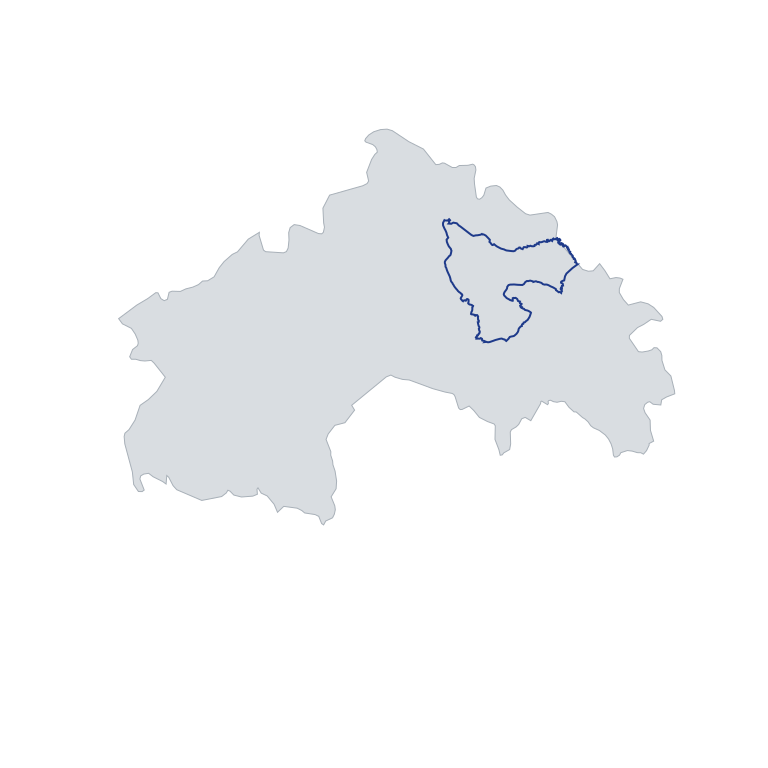 Kankan, Kankan, Guinea shown in context, rotated 321°
{"feature_id": "49546643B29721322070698", "entity_name": "Kankan", "entity_type": "district", "adm_level": 2, "iso_a3": "GIN", "parent_name": "Guinea", "parent_adm1": "Kankan", "projection": "robinson", "projection_center": [-9.056, 10.226], "detail": "fine", "context": "in_parent", "style": "outline", "palette": "blue", "viewbox_px": 768, "rotation_deg": 321, "n_neighbors": 0, "source": "geoboundaries", "source_scale": "gbopen_adm2", "svg_char_len": 9732}
<svg xmlns="http://www.w3.org/2000/svg" viewBox="0 0 768 768"><g transform="rotate(321 384 384)"><path d="M459.7,500.5L454.3,499.7L451.9,500.8L444.7,510.3L440.4,514.0L433.7,512.9L431.3,513.5L429.5,512.5L432.0,507.3L435.4,496.9L444.2,486.5L444.4,484.3L440.8,478.3L437.1,470.0L437.1,461.1L436.3,454.7L428.6,452.9L427.1,451.8L426.9,449.6L431.3,438.6L431.7,436.3L431.1,434.3L426.4,428.7L418.9,418.2L406.1,396.7L401.3,392.1L396.8,385.6L395.0,381.4L390.3,379.9L345.5,380.2L344.7,385.8L329.3,389.5L319.8,385.2L309.2,387.7L304.1,390.6L300.1,403.1L297.8,405.8L295.6,411.5L293.5,414.6L291.2,420.8L286.1,429.6L280.8,435.3L271.9,438.4L269.1,447.7L267.0,451.1L263.5,453.9L259.8,455.6L252.5,453.8L248.4,455.5L247.7,453.2L250.0,445.8L248.2,442.0L241.2,434.3L240.5,430.6L238.4,425.9L229.1,416.0L220.5,416.7L222.9,408.4L222.8,397.5L219.9,391.5L220.7,385.4L219.1,385.8L216.2,390.0L211.5,388.6L202.1,382.1L197.4,375.8L196.9,370.4L195.8,368.3L192.9,369.4L187.0,369.3L169.1,359.8L156.4,335.7L156.1,330.3L158.0,321.0L157.6,318.4L151.7,324.6L150.6,320.5L146.2,310.8L144.9,305.3L140.6,302.8L137.1,302.3L134.5,304.2L130.9,315.5L128.3,315.4L125.5,313.0L126.2,304.6L133.1,294.0L144.9,267.4L149.0,261.3L151.7,259.2L157.1,259.0L167.8,255.4L181.0,247.1L191.0,247.8L202.8,246.8L218.3,241.1L218.5,223.2L218.0,219.2L212.6,215.6L209.4,212.5L206.7,208.6L203.3,205.8L203.5,202.8L210.3,199.0L216.6,199.1L218.7,197.6L220.3,195.0L222.1,188.6L222.7,181.8L218.6,172.7L218.9,166.2L241.5,167.1L253.9,168.9L264.1,169.4L265.7,170.9L264.3,177.2L265.6,180.9L269.0,181.9L274.7,177.5L277.7,178.5L284.0,183.9L289.9,185.4L296.4,188.4L302.4,190.0L307.8,189.8L311.9,192.8L319.4,193.8L329.2,189.9L336.9,188.2L347.6,187.8L353.3,189.1L369.7,186.0L382.6,187.7L380.5,189.8L374.6,204.1L375.3,206.7L388.4,218.8L391.5,219.7L395.1,218.0L400.7,212.4L405.2,206.4L409.5,203.4L414.5,203.6L418.4,207.9L427.7,225.8L430.1,228.1L432.3,228.0L436.4,224.7L438.5,220.8L447.2,208.9L460.6,203.0L492.3,216.6L497.0,217.6L499.8,216.6L503.7,208.6L515.7,201.7L521.4,199.8L524.7,199.6L526.0,197.4L526.6,194.2L525.9,190.8L522.2,184.7L522.1,182.9L524.2,181.7L528.8,180.9L534.7,181.5L541.4,184.1L546.8,187.9L549.9,192.4L555.8,211.3L562.5,226.2L562.3,246.1L565.2,248.1L568.5,248.9L570.0,250.5L573.3,258.7L576.3,261.1L580.0,261.6L586.9,266.9L591.3,269.0L591.9,270.5L591.8,272.7L590.1,275.5L583.4,281.0L580.1,285.7L573.4,296.9L573.2,299.0L574.6,300.6L577.4,300.8L580.4,300.1L586.6,295.9L591.5,297.4L596.3,300.5L598.0,303.8L598.4,308.1L597.4,313.6L597.2,319.8L598.8,330.3L601.2,340.8L603.7,344.6L619.4,353.9L621.0,357.4L621.8,361.3L620.6,366.6L619.0,369.6L610.4,377.8L609.1,381.7L609.8,389.0L610.4,419.9L613.8,425.0L617.8,427.7L627.3,426.2L627.0,434.8L625.8,444.4L631.3,447.3L634.1,450.2L635.6,453.0L626.9,458.0L624.4,461.0L623.2,469.0L623.5,476.4L635.2,481.7L639.7,487.9L641.8,494.3L642.5,506.5L641.4,509.2L638.4,509.3L632.4,501.9L623.3,501.1L616.6,499.7L605.3,500.7L603.4,502.9L602.1,519.0L604.8,521.7L610.2,524.7L613.7,526.0L616.7,525.7L618.9,527.7L619.4,533.0L617.8,536.8L614.9,540.5L611.2,549.8L612.0,558.3L605.6,571.9L603.8,574.6L595.4,571.9L589.9,571.0L585.9,574.5L580.4,569.1L579.4,565.0L577.4,564.1L573.7,564.1L570.3,566.4L568.8,570.7L568.1,579.5L561.9,587.7L557.6,598.1L552.6,597.1L551.5,598.4L546.1,601.0L541.5,601.8L540.3,599.0L537.7,596.8L534.7,592.4L531.3,588.9L524.8,586.4L522.3,587.5L519.2,587.2L517.2,585.8L517.5,583.7L520.9,578.3L522.8,573.4L523.9,568.0L523.9,562.9L522.1,555.6L519.2,549.9L518.4,546.5L518.8,541.8L518.1,537.4L517.2,535.1L515.8,526.7L514.1,525.2L513.1,518.5L513.4,511.6L510.9,509.0L507.0,507.1L504.6,504.4L503.2,501.4L501.8,500.6L500.6,500.7L499.5,502.6L498.1,503.0L495.8,496.6L494.9,496.3L493.3,497.8L475.0,504.9L472.7,498.8L469.2,497.7L463.2,500.2L459.7,500.5Z" fill="#d9dde1" stroke="#a8b0b8" stroke-width="1"/><path d="M609.7,412.8L609.3,412.4L609.6,410.9L609.9,410.5L609.9,410.3L609.3,409.7L609.7,409.5L610.0,409.0L610.6,408.6L610.7,407.8L611.0,407.2L611.0,406.8L610.9,406.4L610.4,406.2L610.5,406.1L610.8,406.0L610.9,405.9L610.6,405.2L610.6,404.7L610.4,404.3L610.8,403.4L611.2,403.4L611.4,402.9L611.1,401.2L611.3,400.7L610.9,400.2L611.3,399.3L610.9,398.9L611.0,398.6L611.9,398.5L612.0,398.4L611.5,397.2L611.5,396.3L612.3,395.9L612.3,395.7L611.7,395.3L611.7,395.0L611.8,394.6L612.5,394.9L612.7,394.5L612.6,393.8L612.9,393.0L612.5,392.9L612.2,392.7L612.4,391.9L612.3,391.6L612.4,391.1L612.3,390.5L612.0,390.2L611.7,390.1L611.4,390.1L610.8,390.3L610.3,390.3L609.9,390.0L609.9,389.7L610.1,388.7L610.3,388.6L610.6,389.0L610.8,389.1L611.0,389.0L611.2,387.8L611.2,387.5L611.0,387.1L610.5,386.8L610.7,386.5L610.6,386.2L610.0,386.2L609.3,386.9L609.0,386.9L608.7,386.6L608.4,385.4L608.5,385.1L609.1,384.8L609.3,384.6L609.2,384.5L608.3,384.0L608.3,383.8L608.5,383.5L609.6,383.7L610.9,383.1L611.3,383.3L611.5,383.3L611.7,383.0L611.7,381.9L611.5,381.5L611.1,381.5L610.3,382.1L609.9,382.0L609.4,381.6L609.3,381.2L609.4,380.9L609.6,380.7L610.3,380.2L610.4,379.6L609.2,379.3L608.2,379.3L607.3,378.5L607.3,377.6L606.8,377.5L604.7,378.7L604.4,377.7L604.5,377.0L604.0,376.8L602.5,377.1L601.8,376.6L602.1,375.0L601.4,374.6L601.0,375.0L600.2,376.2L599.4,375.5L598.6,374.1L597.8,373.6L596.4,373.2L595.1,372.6L594.0,371.4L593.0,371.7L592.3,372.6L591.6,371.1L591.1,371.4L589.8,371.5L589.2,370.9L588.5,370.8L587.8,371.5L586.8,371.0L585.5,369.9L584.7,368.6L583.7,368.5L582.5,367.0L581.8,367.8L580.9,367.8L579.8,366.4L578.7,365.6L576.7,366.4L576.6,366.1L576.2,365.8L575.6,364.7L575.6,363.6L575.0,363.0L573.7,363.2L572.7,362.7L571.5,362.5L570.0,362.9L568.5,362.5L567.3,361.5L563.4,357.5L562.7,356.5L562.1,355.1L560.2,352.5L558.4,348.4L558.0,347.0L557.5,344.6L556.9,344.5L556.5,344.6L555.9,344.4L555.6,344.1L555.6,343.6L555.5,343.1L555.5,342.9L555.5,342.5L555.6,341.1L555.5,340.3L555.4,339.9L556.4,339.1L557.0,338.5L556.8,335.8L556.5,332.7L556.0,331.5L555.5,330.4L554.6,329.7L554.5,329.0L553.1,328.8L550.3,327.3L549.0,326.3L546.7,325.2L545.7,323.2L545.5,322.2L545.1,320.7L543.0,311.8L542.5,309.7L541.9,307.9L541.7,304.9L539.4,302.2L537.1,301.8L535.2,300.0L536.3,299.8L536.7,298.6L538.4,298.3L538.3,296.9L536.4,297.1L534.1,295.1L534.0,294.7L532.5,295.4L531.5,295.8L530.6,296.7L529.7,298.0L528.8,301.3L528.5,303.1L527.8,305.6L526.7,308.0L526.0,310.7L523.5,311.2L522.3,313.1L521.6,315.3L521.0,317.8L521.0,321.1L520.6,321.8L520.5,322.3L520.3,322.9L518.5,324.4L517.8,324.9L517.3,325.3L516.5,325.7L515.1,325.6L513.1,326.1L509.7,326.6L508.1,327.4L507.3,328.5L506.8,330.0L505.6,331.6L505.4,333.1L504.9,334.2L504.2,336.2L503.8,337.7L503.3,339.7L502.8,341.7L502.0,343.7L501.1,345.4L500.7,346.6L500.7,348.7L500.4,349.6L500.4,350.5L500.1,352.1L500.0,353.2L500.0,353.7L500.0,355.9L500.1,356.7L500.0,358.2L500.2,359.4L500.3,360.2L500.7,361.1L500.8,361.8L500.7,362.4L500.9,362.9L501.1,363.5L500.8,364.2L500.5,364.5L498.1,365.4L497.5,365.7L497.3,366.2L497.2,366.8L497.3,367.1L497.3,368.8L497.5,369.4L498.0,369.2L498.4,369.3L499.1,369.5L499.3,369.7L499.6,370.3L499.8,370.6L500.1,370.8L500.5,370.7L501.0,370.3L501.6,370.2L502.1,370.3L502.3,370.6L502.7,371.4L502.7,371.8L501.8,372.9L501.3,373.5L500.6,373.9L500.2,374.3L500.2,374.6L500.2,375.0L500.5,376.0L501.1,376.7L501.3,376.9L502.0,378.0L502.1,378.8L502.4,379.4L502.3,379.5L501.4,379.9L500.9,379.9L500.5,380.5L499.4,381.8L498.6,382.5L497.2,383.1L496.5,383.7L495.7,384.3L495.7,384.6L496.1,385.2L496.8,385.8L497.6,386.8L497.8,387.2L497.8,387.5L497.6,387.7L497.7,388.1L497.9,388.4L498.8,388.2L499.5,389.0L499.8,389.2L499.8,389.7L499.5,390.1L499.6,390.5L499.6,390.8L498.7,391.6L498.4,392.0L498.3,392.3L497.5,393.3L497.6,393.6L497.6,394.3L497.4,394.7L497.2,394.9L496.5,395.4L496.2,395.2L495.8,395.0L495.1,396.3L494.1,398.4L494.0,399.5L493.8,400.0L493.3,400.4L492.9,400.7L492.5,400.7L492.4,400.8L491.9,401.9L491.6,402.5L491.6,403.2L491.2,403.8L490.7,404.2L490.5,404.4L490.1,404.4L489.6,404.8L489.3,404.8L489.1,404.6L488.4,404.9L488.0,405.0L487.9,405.2L487.5,405.3L487.1,404.9L486.9,404.8L486.7,405.1L486.4,405.4L486.2,405.5L485.6,405.4L484.8,405.6L484.6,405.7L484.6,406.1L485.0,406.1L485.2,406.5L485.2,407.0L484.7,407.2L485.8,408.0L487.1,409.2L488.1,409.2L488.6,410.5L487.8,411.7L487.7,412.1L488.8,413.3L489.5,414.7L488.7,414.8L490.1,415.7L490.7,416.6L491.6,417.4L492.8,418.0L496.4,419.3L498.2,419.9L502.5,421.8L504.1,422.8L504.9,424.3L505.8,425.4L505.9,426.7L506.1,427.5L509.3,427.2L510.2,426.9L511.3,426.6L512.6,427.1L514.6,428.2L515.6,428.5L518.5,428.4L520.5,427.9L522.0,427.1L523.1,426.1L524.0,425.7L526.4,425.3L527.6,425.7L527.8,425.3L528.6,424.7L529.4,424.5L530.1,424.9L531.2,424.1L532.5,424.7L533.8,424.5L536.0,424.6L539.2,423.5L540.6,422.7L543.1,421.1L543.1,420.5L542.7,419.3L542.2,418.0L541.7,417.1L540.8,416.0L540.1,414.9L540.1,414.2L540.1,413.7L539.4,412.8L539.2,412.0L539.7,411.3L539.6,411.0L539.0,410.9L538.7,411.0L538.6,410.6L538.7,409.9L539.1,408.8L540.6,408.8L541.3,408.4L541.1,407.8L540.5,406.8L540.7,406.3L541.0,405.6L541.5,405.4L540.4,403.8L541.0,401.9L540.7,400.5L540.4,399.8L539.6,399.4L538.9,398.6L538.1,398.3L537.4,399.1L536.5,400.3L536.1,400.1L535.3,398.8L534.8,398.1L534.5,397.0L534.3,396.6L533.4,394.4L533.2,391.7L533.1,390.9L533.5,389.7L534.2,389.1L535.6,388.4L538.4,387.7L539.7,387.2L541.0,386.0L543.0,385.5L544.5,386.1L547.7,388.5L550.5,391.2L553.8,394.1L555.6,394.4L558.0,393.7L559.9,393.9L560.8,394.8L562.6,395.6L563.3,396.5L564.5,398.3L564.3,398.7L566.3,399.5L566.9,400.0L567.6,401.4L568.3,401.9L570.0,404.5L570.3,406.4L571.4,407.9L572.5,408.6L573.4,409.6L574.2,411.1L574.9,412.9L575.7,414.4L576.3,415.6L576.7,416.7L577.3,418.4L576.7,419.3L577.1,420.5L577.5,422.6L578.5,423.0L579.0,424.7L579.5,424.2L580.8,423.8L581.1,421.3L582.0,420.7L582.5,421.6L583.4,420.3L584.0,419.7L585.1,420.2L586.0,418.5L585.3,416.7L586.1,416.0L587.6,416.2L589.2,416.9L592.5,414.2L595.3,413.0L603.4,412.5L609.7,412.8Z" fill="none" stroke="#1e3a8a" stroke-width="2"/></g></svg>